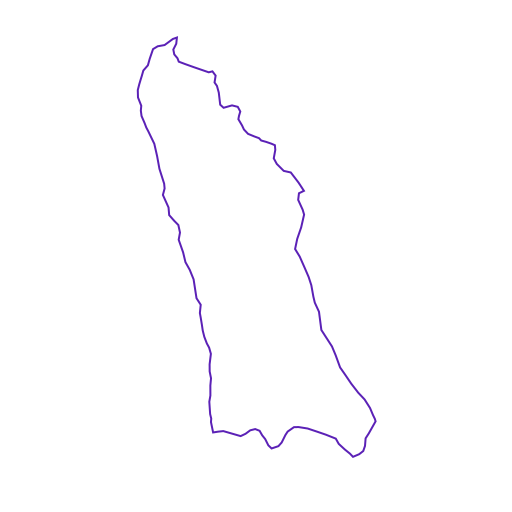 Qusar District, Qusar, Azerbaijan, rotated 109°
{"feature_id": "54616110B21517829058101", "entity_name": "Qusar District", "entity_type": "district", "adm_level": 2, "iso_a3": "AZE", "parent_name": "Azerbaijan", "parent_adm1": "Qusar", "projection": "mercator", "projection_center": [48.257, 41.46], "detail": "fine", "context": "isolated", "style": "outline", "palette": "violet", "viewbox_px": 512, "rotation_deg": 109, "n_neighbors": 0, "source": "geoboundaries", "source_scale": "gbopen_adm2", "svg_char_len": 1938}
<svg xmlns="http://www.w3.org/2000/svg" viewBox="0 0 512 512"><g transform="rotate(109 256 256)"><path d="M373.4,89.1L371.3,90.6L368.3,93.6L362.6,98.7L356.3,106.6L352.0,114.8L345.7,124.4L339.1,133.2L334.0,140.2L324.0,148.3L316.8,154.7L304.7,170.1L288.2,178.3L281.0,185.2L275.8,188.5L265.6,194.2L258.7,199.4L251.9,205.6L242.3,214.5L236.7,221.3L226.4,222.6L214.3,222.6L201.2,224.0L197.1,226.9L189.2,234.4L182.7,235.8L178.8,231.9L172.8,239.6L165.7,250.3L166.5,257.5L162.2,266.3L157.9,271.0L149.4,272.3L145.1,274.2L144.8,278.0L144.8,283.7L145.1,288.7L143.6,291.5L143.5,296.5L143.1,303.3L140.3,308.6L137.1,311.7L132.4,317.2L129.0,317.7L124.5,317.9L120.9,321.8L121.4,327.7L126.4,334.9L124.6,339.1L113.6,344.4L107.9,348.3L105.4,351.7L98.6,352.9L95.6,357.3L97.7,360.5L97.7,369.6L97.7,376.3L97.6,385.2L97.4,392.3L94.6,394.6L92.0,398.9L87.7,401.4L81.3,400.5L75.2,401.9L75.9,402.8L77.9,405.3L86.3,411.1L89.7,417.2L93.9,420.7L104.1,420.7L110.9,420.3L117.3,422.9L123.1,422.6L126.5,422.5L131.5,422.3L137.6,421.8L144.5,419.2L151.3,413.4L156.1,412.2L160.9,409.8L166.6,404.6L170.2,401.6L173.1,398.5L183.0,388.7L193.8,382.0L205.0,375.7L217.5,366.4L221.9,364.4L228.6,363.9L238.6,354.5L245.6,351.4L249.3,344.9L252.0,339.5L258.6,335.5L265.8,334.4L276.3,326.1L284.8,320.7L290.6,314.2L298.4,307.4L315.3,298.5L320.1,292.4L328.2,290.5L332.3,288.2L338.6,284.8L343.8,282.1L349.2,278.6L354.7,274.0L357.9,270.5L363.2,266.8L373.5,264.6L380.3,262.2L386.3,258.7L393.3,257.0L402.8,253.7L409.0,252.7L420.4,247.9L424.3,245.4L427.7,244.5L436.8,239.1L434.4,234.6L432.2,229.9L431.3,211.9L427.5,208.0L422.7,204.7L419.9,200.4L420.1,195.7L423.5,191.8L426.1,187.7L431.0,182.7L432.9,178.6L428.5,172.9L424.0,171.0L415.6,169.9L411.7,168.9L405.5,164.4L403.9,160.1L402.3,151.0L402.2,140.8L402.2,131.7L402.7,121.1L406.7,116.6L410.0,109.1L412.3,102.8L414.3,98.9L409.8,93.9L405.5,91.1L400.1,91.1L392.7,93.0L387.0,91.6L373.4,89.1Z" fill="none" stroke="#5b21b6" stroke-width="2"/></g></svg>